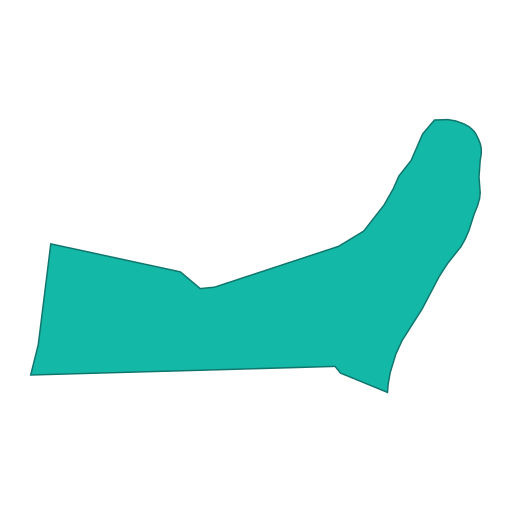 the border of Bani Suwayf
{"feature_id": "EGY-1546", "entity_name": "Bani Suwayf", "entity_type": "Governorate", "adm_level": 1, "iso_a3": "EGY", "parent_name": "Egypt", "parent_adm1": "", "projection": "equal_earth", "projection_center": [30.952, 29.058], "detail": "fine", "context": "isolated", "style": "filled", "palette": "teal", "viewbox_px": 512, "rotation_deg": 0, "n_neighbors": 0, "source": "natural_earth", "source_scale": "10m", "svg_char_len": 681}
<svg xmlns="http://www.w3.org/2000/svg" viewBox="0 0 512 512"><path d="M200.2,288.6L214.4,287.2L338.6,246.3L363.7,231.1L384.0,205.1L393.4,188.5L398.9,176.0L411.1,160.5L422.6,134.0L434.5,120.0L447.9,119.6L455.6,120.9L464.4,124.1L468.9,126.7L471.5,128.8L474.1,131.4L476.1,134.4L478.9,140.2L480.4,144.2L481.2,148.2L481.3,152.5L481.0,155.7L480.2,160.3L479.0,177.1L480.2,192.8L479.6,198.5L477.5,205.8L474.1,214.2L468.9,230.6L465.1,239.3L461.0,246.6L447.7,263.3L439.3,276.3L422.1,309.0L402.1,340.5L395.8,354.2L390.2,372.6L388.1,384.4L387.5,392.4L340.5,373.1L335.1,366.4L30.7,375.0L38.3,344.5L50.8,243.9L180.4,271.9L200.2,288.6Z" fill="#14b8a6" stroke="#0f766e" stroke-width="1.5"/></svg>